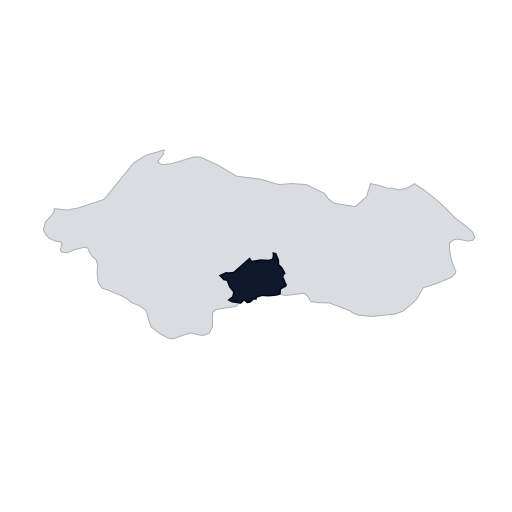 Librazhd, Elbasan, Albania shown in context, rotated 98°
{"feature_id": "67620474B87569046172350", "entity_name": "Librazhd", "entity_type": "district", "adm_level": 2, "iso_a3": "ALB", "parent_name": "Albania", "parent_adm1": "Elbasan", "projection": "albers", "projection_center": [20.392, 41.155], "detail": "fine", "context": "in_parent", "style": "filled", "palette": "ink", "viewbox_px": 512, "rotation_deg": 98, "n_neighbors": 0, "source": "geoboundaries", "source_scale": "gbopen_adm2", "svg_char_len": 2143}
<svg xmlns="http://www.w3.org/2000/svg" viewBox="0 0 512 512"><g transform="rotate(98 256 256)"><path d="M168.4,152.7L168.8,145.6L170.6,134.3L169.7,130.5L170.8,124.1L167.6,115.5L162.4,109.2L167.6,98.3L175.3,85.1L182.3,74.7L190.8,63.8L196.5,53.4L202.6,44.4L207.7,41.7L210.3,43.6L211.6,47.6L211.2,59.3L213.0,63.3L216.5,66.3L224.1,64.9L232.5,62.0L243.7,55.9L245.7,56.3L249.8,59.5L258.4,73.7L264.2,86.1L275.6,90.5L282.0,95.3L290.1,102.7L294.1,110.1L299.7,132.7L300.4,146.4L298.8,152.7L297.4,154.3L292.3,176.6L293.6,188.0L293.5,195.5L289.2,198.4L286.3,203.1L291.0,221.7L290.4,229.6L290.7,238.7L299.2,259.4L304.2,265.8L308.7,268.9L314.5,287.9L318.0,291.2L331.9,289.3L338.8,291.4L341.5,295.9L342.2,299.0L341.3,309.7L344.9,317.9L349.6,326.3L349.6,331.5L346.5,340.0L341.0,349.9L333.5,353.7L325.3,357.0L321.4,364.6L319.5,372.8L315.8,378.9L313.6,385.5L310.1,399.0L309.3,404.0L303.7,408.9L295.0,411.0L287.3,411.4L282.0,413.7L279.3,418.3L274.4,422.1L271.4,423.7L271.4,427.8L275.0,436.4L279.1,443.4L279.2,449.0L277.2,450.6L270.8,449.9L269.4,451.9L268.8,458.2L267.0,463.5L264.4,466.8L259.8,470.3L251.5,469.2L243.7,463.8L239.6,462.1L237.2,462.3L236.7,449.2L233.3,439.0L221.1,414.4L181.1,390.2L171.8,379.4L167.7,370.4L163.7,361.8L167.6,361.7L171.5,363.8L176.5,366.5L178.6,362.3L176.5,352.9L166.5,331.1L165.8,325.1L171.0,307.0L179.6,286.7L179.3,262.0L182.1,243.4L179.4,231.2L178.2,216.4L184.5,196.7L189.7,191.9L192.9,185.7L193.3,164.6L181.8,154.7L168.4,152.7Z" fill="#d9dde1" stroke="#a8b0b8" stroke-width="1"/><path d="M264.2,228.8L261.4,232.5L256.9,233.3L251.0,236.8L250.7,239.3L253.6,238.7L256.7,238.9L258.6,242.6L259.4,251.0L262.1,259.6L259.4,262.0L275.5,275.8L276.8,281.4L276.7,283.2L280.4,288.9L283.9,284.4L284.0,281.1L290.2,277.7L294.8,272.8L299.6,273.3L303.4,276.9L304.6,273.5L304.7,264.6L300.9,261.6L303.3,258.2L302.5,255.6L298.7,252.4L298.6,250.1L296.8,249.9L294.2,245.0L293.6,238.0L291.9,230.8L291.0,228.4L290.1,227.0L288.3,227.0L285.8,227.5L284.1,225.8L282.8,224.2L281.9,222.5L280.1,222.2L278.9,223.3L277.0,224.3L274.8,225.5L273.9,226.6L270.4,226.3L269.4,225.1L267.9,226.0L264.2,228.8Z" fill="#0f172a" stroke="#020617" stroke-width="1.5"/></g></svg>